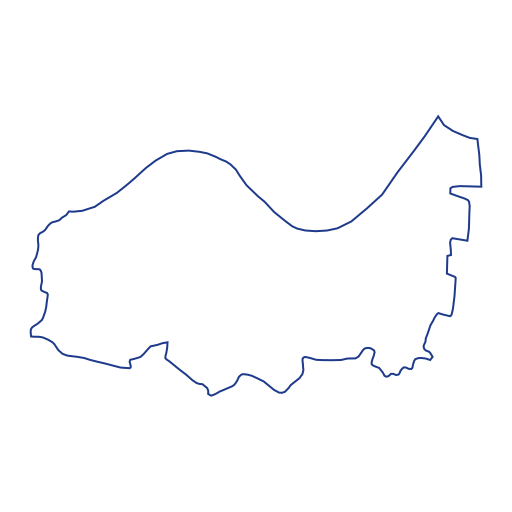 the district of Quang Ngai, Quảng Ngãi, Vietnam
{"feature_id": "81297802B1045120286230", "entity_name": "Quang Ngai", "entity_type": "district", "adm_level": 2, "iso_a3": "VNM", "parent_name": "Vietnam", "parent_adm1": "Quảng Ngãi", "projection": "robinson", "projection_center": [108.808, 15.12], "detail": "fine", "context": "isolated", "style": "outline", "palette": "blue", "viewbox_px": 512, "rotation_deg": 0, "n_neighbors": 0, "source": "geoboundaries", "source_scale": "gbopen_adm2", "svg_char_len": 3605}
<svg xmlns="http://www.w3.org/2000/svg" viewBox="0 0 512 512"><path d="M69.0,211.4L66.2,215.1L62.1,217.6L59.3,220.2L55.6,221.5L52.4,222.2L50.3,223.5L48.1,225.7L46.7,227.7L45.1,229.9L43.7,231.2L41.9,232.3L40.3,233.0L38.4,235.0L38.0,237.2L37.9,240.8L38.2,242.9L38.4,245.7L38.0,249.7L37.2,253.1L36.1,257.1L33.7,261.5L32.6,264.8L32.5,267.0L33.0,268.3L33.4,268.8L34.7,269.0L37.2,269.2L39.0,269.2L40.1,269.7L40.9,271.1L41.5,272.6L41.7,275.9L41.9,278.8L41.9,279.6L42.0,281.3L40.9,286.8L40.9,289.3L41.4,290.4L43.1,291.4L45.4,292.4L47.1,293.0L47.8,294.5L47.4,298.0L46.9,301.1L46.2,307.0L45.2,311.7L43.0,317.9L41.8,320.1L37.4,323.9L34.4,325.7L32.0,327.5L30.8,329.5L30.7,332.6L31.1,336.5L33.8,336.7L39.0,336.8L39.9,336.9L43.0,337.5L47.9,339.6L52.4,342.2L54.3,344.1L58.3,350.1L62.5,353.8L66.6,355.4L70.1,356.0L77.1,356.8L84.2,358.0L89.8,359.8L97.3,361.7L105.8,363.7L113.8,365.8L120.2,367.5L123.7,367.8L129.7,368.2L130.5,367.6L130.7,367.0L130.7,365.7L130.3,364.2L129.6,361.8L130.2,359.8L134.1,358.9L139.5,357.3L140.9,356.6L143.6,354.1L148.3,348.7L150.7,346.3L154.6,345.5L157.7,344.8L162.4,343.2L167.5,342.3L167.2,347.6L166.3,353.0L165.4,356.3L165.4,358.2L166.0,358.9L167.2,359.9L169.3,361.3L179.5,369.6L186.2,374.7L192.3,380.1L196.5,383.0L199.3,383.9L202.5,384.2L207.2,388.1L208.2,390.7L208.2,394.0L211.1,395.6L213.2,395.0L216.4,393.5L219.4,391.7L228.6,387.8L232.1,386.3L234.3,384.8L236.1,382.4L237.4,380.2L239.0,376.7L241.2,374.8L241.4,374.7L242.5,374.2L244.7,374.3L247.9,374.7L251.9,375.8L257.5,378.4L263.8,381.5L273.8,389.7L279.0,392.6L282.0,392.8L284.9,391.8L287.0,389.7L288.8,387.8L290.7,385.1L293.7,382.7L294.0,382.5L299.5,378.1L301.0,376.0L302.3,374.4L302.9,372.1L303.4,370.0L303.1,367.2L302.9,363.9L302.6,361.6L302.5,359.2L303.1,357.9L304.6,357.0L306.2,357.1L309.7,357.9L316.2,359.8L322.5,360.1L331.3,360.2L341.0,360.0L347.5,358.5L349.4,358.5L355.1,358.4L355.4,358.4L358.5,356.6L361.1,352.9L362.8,350.4L364.1,348.9L366.0,348.1L367.5,347.9L369.8,348.0L371.8,348.9L374.1,350.5L374.6,352.4L373.6,356.2L372.4,359.3L371.6,362.5L371.7,364.3L373.1,365.5L376.0,366.8L379.1,367.9L382.8,372.5L384.6,375.9L386.6,376.7L388.3,376.2L389.6,375.2L390.9,373.9L393.4,373.9L396.0,375.0L398.5,374.6L399.5,373.3L400.4,371.0L402.0,368.8L403.7,367.4L405.9,367.5L408.5,368.8L411.3,369.0L412.4,367.8L413.1,364.2L414.2,360.9L415.3,359.2L417.7,358.3L420.3,357.9L425.7,358.5L430.2,360.0L430.3,359.8L432.6,356.9L430.3,353.0L428.8,351.6L426.0,350.6L424.5,349.3L423.7,347.4L423.7,345.5L424.6,343.6L425.5,341.5L425.8,338.3L427.7,333.5L430.4,325.4L433.0,320.9L434.9,317.1L437.1,314.0L438.4,313.1L442.5,314.4L450.0,316.2L451.1,315.5L451.7,314.1L452.4,311.2L453.1,307.6L454.5,296.0L455.5,281.3L455.7,277.9L455.0,276.9L446.9,273.6L447.4,255.9L451.0,255.0L450.8,249.9L450.1,242.5L450.8,239.7L452.3,238.2L467.4,240.7L468.9,228.8L469.4,211.9L469.7,206.0L469.0,201.6L467.9,200.1L464.3,198.4L459.5,196.8L450.3,193.5L450.4,188.3L452.6,186.9L459.9,186.1L481.3,186.7L481.1,175.3L479.8,164.5L479.3,154.9L477.8,142.7L477.4,139.0L469.8,137.9L462.5,135.1L452.8,130.9L444.0,125.1L438.2,116.4L425.0,135.9L414.0,150.8L397.6,172.2L382.1,194.6L366.7,208.6L363.9,210.9L351.4,221.4L337.5,228.3L327.1,230.5L322.5,230.8L315.5,231.2L305.4,230.5L297.2,228.6L292.1,226.2L284.6,220.5L274.1,212.0L265.3,202.5L264.3,201.5L258.1,196.4L246.5,185.2L239.7,175.7L235.9,169.6L230.1,164.1L225.8,161.4L220.2,159.1L216.4,157.1L207.4,153.4L199.4,151.8L188.8,150.6L176.9,151.2L167.1,153.9L155.6,160.6L146.0,167.9L141.9,171.6L134.8,178.1L126.4,185.3L119.1,191.1L117.0,192.8L103.3,200.9L94.8,206.8L82.2,210.8L73.2,211.7L69.0,211.4Z" fill="none" stroke="#1e3a8a" stroke-width="2"/></svg>